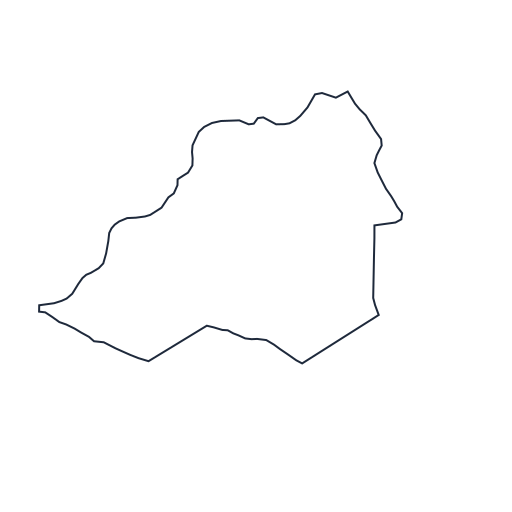 outline of Guaporema, Paraná, Brazil, rotated 311°
{"feature_id": "56859067B76921560444099", "entity_name": "Guaporema", "entity_type": "district", "adm_level": 2, "iso_a3": "BRA", "parent_name": "Brazil", "parent_adm1": "Paraná", "projection": "mercator", "projection_center": [-52.831, -23.333], "detail": "fine", "context": "isolated", "style": "outline", "palette": "slate", "viewbox_px": 512, "rotation_deg": 311, "n_neighbors": 0, "source": "geoboundaries", "source_scale": "gbopen_adm2", "svg_char_len": 1444}
<svg xmlns="http://www.w3.org/2000/svg" viewBox="0 0 512 512"><g transform="rotate(311 256 256)"><path d="M76.6,124.7L71.7,128.8L75.2,133.9L76.3,142.2L77.1,150.9L79.8,157.7L82.2,166.7L83.5,174.2L85.4,183.0L85.4,189.7L91.0,197.7L94.1,210.3L96.2,217.3L98.9,226.1L101.8,234.3L106.1,243.9L171.1,264.6L174.4,270.9L178.1,279.1L181.4,283.4L182.7,289.6L184.6,294.8L186.7,301.9L190.3,307.2L194.2,311.3L199.3,318.9L200.9,327.7L201.5,335.2L202.6,344.3L203.7,354.8L205.2,361.3L292.0,387.3L297.1,378.0L301.2,372.0L331.8,346.4L347.1,333.7L356.8,325.3L372.8,339.3L379.0,341.6L384.2,338.2L385.8,330.2L388.0,324.4L389.8,318.8L392.0,310.0L395.7,300.8L398.9,293.0L403.8,284.4L411.2,281.0L416.2,279.7L421.8,278.4L426.3,273.7L428.7,263.6L431.4,255.1L434.2,246.6L434.7,238.1L435.9,230.8L438.1,224.0L440.3,217.3L427.9,212.4L422.3,198.9L416.7,194.5L401.9,197.4L390.8,197.5L384.2,196.6L378.1,194.2L374.2,191.0L368.6,184.8L365.4,170.6L361.3,166.9L354.4,167.5L350.6,164.1L347.4,154.4L334.9,141.0L327.5,135.5L319.4,132.2L312.1,131.4L297.9,135.5L292.5,139.5L288.0,144.2L282.6,148.6L274.3,150.0L268.7,148.3L262.5,146.5L257.9,150.3L249.3,152.9L242.8,151.4L230.5,153.0L217.6,149.2L213.0,146.3L206.1,140.2L200.1,133.9L192.4,130.1L187.0,128.8L182.1,128.8L177.1,130.1L170.3,134.8L159.6,141.2L150.2,145.6L143.7,145.3L134.9,142.4L130.5,140.2L125.5,139.5L118.5,140.2L106.9,142.1L99.6,141.0L94.6,138.7L87.9,134.6L76.6,124.7Z" fill="none" stroke="#1e293b" stroke-width="2"/></g></svg>